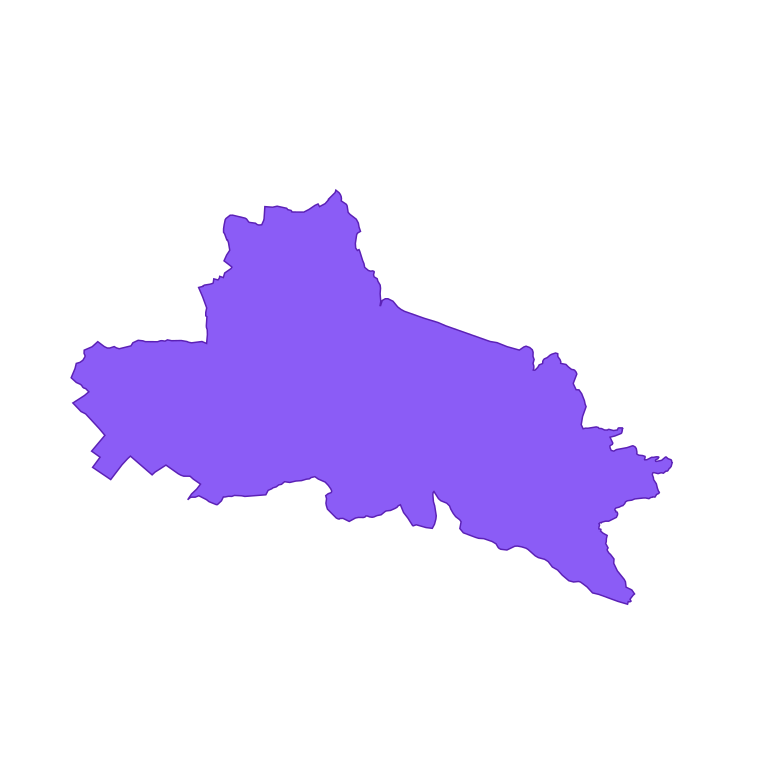 Bordesti, Vrancea, Romania (Natural Earth projection), rotated 197°
{"feature_id": "2599482B83174607484182", "entity_name": "Bordesti", "entity_type": "district", "adm_level": 2, "iso_a3": "ROU", "parent_name": "Romania", "parent_adm1": "Vrancea", "projection": "natural_earth1", "projection_center": [27.017, 45.546], "detail": "fine", "context": "isolated", "style": "filled", "palette": "violet", "viewbox_px": 768, "rotation_deg": 197, "n_neighbors": 0, "source": "geoboundaries", "source_scale": "gbopen_adm2", "svg_char_len": 6128}
<svg xmlns="http://www.w3.org/2000/svg" viewBox="0 0 768 768"><g transform="rotate(197 384 384)"><path d="M643.3,258.1L635.9,253.3L644.0,234.3L634.1,231.0L638.3,219.1L617.4,212.7L610.9,230.2L607.3,237.7L605.4,240.9L579.2,229.3L577.2,232.8L568.8,242.7L554.5,238.0L551.5,237.4L548.6,237.3L542.5,239.1L538.6,237.3L530.2,234.6L532.3,228.9L535.9,222.5L537.9,215.9L536.2,218.6L535.0,219.5L531.4,220.6L528.4,223.0L520.0,221.5L516.9,220.3L509.1,219.6L508.0,220.0L505.3,224.7L504.6,229.0L503.0,229.5L499.8,231.2L496.7,232.0L494.5,233.7L487.4,235.5L484.2,235.8L464.6,243.5L463.7,248.4L460.7,251.0L459.9,252.2L456.9,254.2L455.2,256.7L452.7,258.1L450.5,261.5L445.3,262.3L440.0,265.4L434.6,267.5L430.4,270.3L427.6,271.5L426.4,273.2L423.0,275.2L419.1,273.9L411.6,273.0L407.5,270.7L404.3,268.2L402.9,266.6L402.6,265.6L403.0,264.5L405.3,262.8L407.1,260.2L405.4,257.5L404.7,253.1L403.6,250.9L401.5,247.8L390.5,241.9L388.6,241.6L387.4,241.7L387.0,242.4L383.9,243.5L377.1,242.4L372.1,247.5L369.5,248.9L364.7,250.3L363.4,251.1L362.6,252.6L361.1,252.9L358.9,252.7L356.4,253.1L354.8,253.9L352.2,256.1L348.5,258.1L345.7,262.3L344.7,263.3L340.8,265.0L337.1,268.2L335.5,269.9L334.8,271.7L333.0,273.3L327.7,266.8L321.9,262.7L315.3,257.0L314.6,256.9L312.0,258.8L301.8,259.0L295.6,260.1L294.7,264.7L294.9,270.1L295.5,273.2L299.9,282.3L302.3,285.9L305.0,292.6L305.3,294.7L304.8,295.8L298.4,290.3L295.6,289.0L289.2,288.4L285.7,286.6L283.6,283.9L280.0,280.5L276.7,278.1L271.9,276.3L270.0,274.8L269.2,267.9L264.6,264.9L251.6,264.1L248.3,264.1L243.3,265.3L234.6,265.0L230.1,263.9L227.1,261.1L225.8,260.4L224.0,260.1L217.9,261.2L211.5,267.1L209.1,268.0L204.9,268.5L200.2,268.5L197.9,267.9L189.2,263.9L185.7,263.1L179.1,263.3L175.1,262.2L169.5,258.2L163.6,256.9L157.6,253.3L149.7,249.9L144.8,250.1L140.3,252.0L138.3,252.1L130.5,249.3L123.5,245.2L117.1,245.6L96.8,244.5L86.7,244.6L86.8,247.3L85.1,247.6L84.3,248.6L85.8,250.1L84.0,254.9L83.0,256.5L86.8,259.5L93.1,260.5L95.3,265.5L97.2,267.4L106.2,273.5L111.9,279.7L112.9,283.9L117.5,287.2L119.6,288.2L121.7,290.0L122.2,291.0L121.8,292.8L125.4,296.3L125.3,298.0L126.1,301.1L126.3,304.4L130.9,305.4L133.9,306.7L133.9,308.0L134.3,308.5L136.2,308.3L136.6,309.9L136.6,312.1L137.6,313.3L136.7,314.7L135.6,314.7L135.2,315.6L132.0,317.6L129.0,318.5L122.8,324.4L122.4,327.1L122.7,328.4L123.5,329.6L125.1,329.6L125.2,330.4L126.5,331.1L126.6,331.9L125.9,333.3L123.2,334.9L120.9,337.1L120.1,337.4L118.8,340.0L118.6,341.8L117.1,343.5L113.0,345.4L110.6,347.4L102.9,350.7L100.6,351.5L97.1,351.8L95.6,353.6L94.3,354.1L94.1,354.6L91.8,355.1L91.0,358.1L89.2,359.7L89.0,360.9L90.3,361.9L92.1,364.3L94.4,368.2L98.2,371.4L99.1,373.4L100.9,375.7L101.0,377.5L100.1,378.2L95.7,378.4L93.0,380.2L90.7,380.4L89.0,383.0L87.7,383.5L87.2,384.1L86.5,386.8L85.9,387.4L85.3,389.2L85.4,393.2L85.9,393.3L86.6,394.8L87.4,395.5L90.4,395.6L92.9,396.7L93.5,396.4L96.2,392.2L100.8,389.6L101.6,389.5L102.1,390.3L101.9,391.1L100.2,392.6L99.8,394.3L100.4,394.5L102.3,394.0L105.0,392.6L106.6,392.2L110.4,388.5L112.4,387.7L112.8,388.0L112.9,390.6L113.3,391.1L115.8,391.2L119.7,390.4L121.9,391.1L122.2,392.8L123.8,395.9L125.3,397.2L127.5,397.7L128.4,397.5L133.0,394.2L142.6,389.2L144.6,387.0L147.3,386.9L149.1,389.0L149.8,390.5L149.7,391.2L148.0,393.0L147.9,394.4L152.3,399.2L148.0,401.8L142.8,406.0L142.4,406.8L142.5,409.2L142.9,409.8L142.6,411.2L143.2,411.7L146.6,410.7L147.1,410.3L147.5,408.2L150.9,406.6L155.6,406.4L156.3,406.1L156.7,405.4L159.6,404.5L162.9,405.0L165.4,404.4L166.4,405.1L168.5,405.0L176.1,401.3L178.4,400.7L180.5,399.4L183.5,402.8L184.6,411.0L184.1,421.4L185.8,423.6L187.5,426.7L192.1,432.5L195.8,435.4L198.6,434.7L202.8,439.3L203.2,440.1L202.5,449.9L203.7,451.5L205.7,452.9L206.8,453.1L208.9,452.8L212.6,454.2L215.7,455.9L221.1,455.4L221.5,457.1L222.8,458.8L225.8,461.1L226.7,463.8L229.0,463.8L232.2,461.6L233.6,460.2L235.6,457.0L238.1,454.8L238.7,453.2L238.8,452.0L238.3,450.4L238.8,449.5L241.2,447.7L241.8,444.9L243.5,441.6L244.4,441.0L245.4,441.0L245.3,442.6L245.9,444.9L247.5,447.3L247.6,451.3L249.6,454.0L250.7,458.0L252.2,460.1L255.3,461.5L259.2,461.7L261.1,460.3L264.5,456.0L277.2,455.7L288.0,456.6L294.8,455.7L298.2,455.8L342.1,457.7L350.2,458.6L364.7,458.6L385.7,459.5L389.6,460.3L393.4,461.7L399.6,465.8L405.1,466.7L407.7,465.9L410.1,463.4L410.2,458.0L410.7,457.9L411.2,461.9L414.1,469.2L415.3,474.5L416.6,477.5L419.9,480.5L421.3,482.7L424.8,483.6L425.9,485.4L426.1,488.2L426.4,488.7L427.8,488.9L429.8,488.0L432.1,488.0L436.6,489.9L438.4,493.3L440.5,495.8L446.1,504.0L447.2,505.2L448.5,503.9L450.8,505.7L452.5,510.1L453.8,518.9L453.4,520.6L451.1,523.1L453.7,526.7L455.6,530.4L458.7,533.5L466.2,536.3L468.5,537.7L471.3,543.5L472.5,544.8L478.4,546.6L478.9,548.9L479.8,550.8L481.2,552.5L482.9,553.8L486.7,555.3L486.7,552.8L491.2,544.4L490.8,544.1L493.1,539.2L497.5,534.8L499.7,536.9L502.2,534.7L506.7,529.1L511.0,524.9L521.5,521.8L522.7,521.7L522.8,522.2L523.6,522.8L526.9,522.6L528.5,523.6L538.2,522.8L542.2,520.5L549.8,518.8L547.0,506.9L546.9,505.2L547.5,500.5L550.3,499.4L552.0,499.4L553.9,500.2L559.9,499.2L560.8,499.4L563.7,501.6L565.3,502.0L578.1,501.2L580.5,500.4L583.5,496.1L583.9,494.7L583.4,489.4L582.8,485.5L581.8,482.2L580.4,481.1L576.4,475.8L575.9,476.1L574.1,473.8L570.6,466.8L572.2,461.3L573.0,455.0L563.8,451.5L563.6,451.1L564.1,449.6L568.8,443.6L568.8,438.8L572.6,438.9L572.4,437.0L573.2,435.0L577.5,434.8L576.9,430.8L577.3,430.1L579.5,428.6L584.6,426.1L585.8,424.9L585.6,424.5L589.5,422.1L582.9,414.3L575.8,404.9L575.4,400.4L574.4,397.1L573.0,396.5L570.9,387.6L570.3,386.1L568.9,384.2L567.3,379.5L565.5,370.9L570.5,371.4L580.1,367.1L583.0,366.8L584.9,367.0L590.6,366.3L599.7,363.3L604.0,362.9L605.9,361.0L609.1,360.5L610.6,359.9L612.9,358.2L624.7,354.7L627.2,354.8L631.9,353.9L636.2,350.0L637.1,346.5L647.5,340.3L650.4,340.3L653.0,340.9L656.8,338.2L659.1,337.5L662.4,338.0L670.1,340.8L674.0,334.3L680.6,328.7L679.8,325.6L678.0,323.5L678.0,322.3L678.9,318.7L681.0,315.9L684.3,313.7L684.0,308.4L685.0,298.5L678.7,295.5L674.2,294.9L672.8,294.3L671.2,292.9L669.9,292.4L668.0,292.4L664.0,290.2L667.1,285.4L676.0,274.9L665.7,269.1L660.6,268.2L643.3,258.1Z" fill="#8b5cf6" stroke="#5b21b6" stroke-width="1.5"/></g></svg>